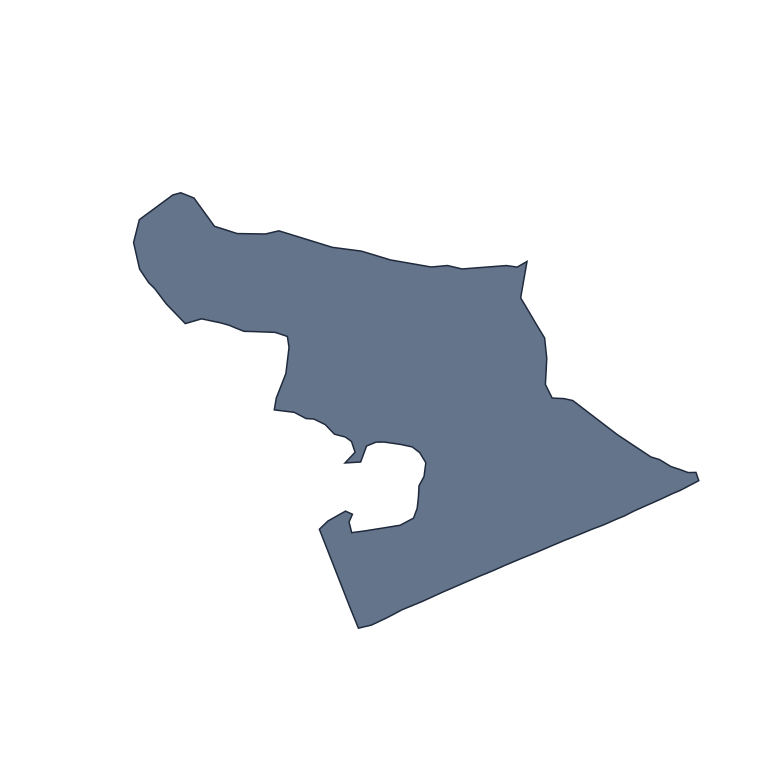 Tramandaí, Rio Grande do Sul, Brazil (Mercator projection), rotated 46°
{"feature_id": "56859067B87870608767085", "entity_name": "Tramandaí", "entity_type": "district", "adm_level": 2, "iso_a3": "BRA", "parent_name": "Brazil", "parent_adm1": "Rio Grande do Sul", "projection": "mercator", "projection_center": [-50.215, -30.032], "detail": "fine", "context": "isolated", "style": "filled", "palette": "slate", "viewbox_px": 768, "rotation_deg": 46, "n_neighbors": 0, "source": "geoboundaries", "source_scale": "gbopen_adm2", "svg_char_len": 1477}
<svg xmlns="http://www.w3.org/2000/svg" viewBox="0 0 768 768"><g transform="rotate(46 384 384)"><path d="M541.9,572.0L548.7,560.5L554.5,543.3L558.9,527.9L567.2,507.0L574.3,486.8L583.0,463.6L588.8,448.3L594.3,434.5L598.2,423.7L604.5,407.4L610.9,391.5L616.3,377.3L621.5,363.7L628.1,347.7L633.0,335.2L638.0,323.6L642.8,310.5L645.9,302.8L648.9,292.8L653.7,279.6L658.9,265.4L663.2,252.8L666.4,244.5L672.2,224.7L664.3,221.0L658.9,226.8L651.7,230.2L642.6,235.0L629.8,238.3L621.8,242.7L582.2,251.4L527.0,259.7L519.5,264.7L510.9,272.8L496.4,268.2L487.6,258.7L478.6,249.1L462.5,236.5L447.9,233.2L427.1,228.2L417.0,225.9L395.2,196.0L392.4,207.0L383.8,213.7L355.5,247.9L342.9,256.0L332.6,268.8L299.2,293.2L272.8,307.9L249.7,326.3L200.8,353.2L193.7,365.1L173.8,385.1L152.8,396.4L118.2,391.5L105.3,397.3L101.3,404.6L95.8,445.8L108.3,465.9L131.6,480.0L147.7,482.9L156.3,482.7L175.2,485.0L202.5,485.0L210.3,470.1L226.9,458.8L234.4,454.5L241.4,451.5L248.9,448.1L256.0,441.1L271.3,426.4L282.7,420.5L291.7,426.9L308.3,447.3L319.3,471.3L326.4,480.9L342.1,468.2L354.7,464.1L360.5,458.8L372.3,454.5L385.7,454.5L395.2,448.7L402.7,447.3L413.0,452.2L413.7,466.9L423.9,455.0L416.5,439.6L420.3,430.1L425.9,424.2L438.9,414.1L448.9,407.4L458.2,406.0L469.7,408.6L478.3,419.4L481.5,429.5L489.2,437.7L496.4,446.4L501.0,455.9L496.8,470.5L476.8,499.2L468.5,510.5L459.0,505.0L455.8,497.2L448.7,500.0L443.6,519.5L443.6,531.4L523.1,564.5L541.9,572.0Z" fill="#64748b" stroke="#1e293b" stroke-width="1.5"/></g></svg>